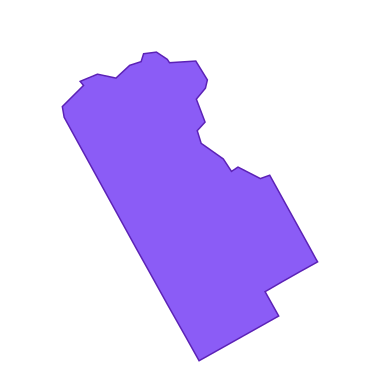 Tate, Mississippi, United States of America, rotated 61°
{"feature_id": "52423323B67875317902203", "entity_name": "Tate", "entity_type": "district", "adm_level": 2, "iso_a3": "USA", "parent_name": "United States of America", "parent_adm1": "Mississippi", "projection": "equal_earth", "projection_center": [-90.006, 34.663], "detail": "fine", "context": "isolated", "style": "filled", "palette": "violet", "viewbox_px": 384, "rotation_deg": 61, "n_neighbors": 0, "source": "geoboundaries", "source_scale": "gbopen_adm2", "svg_char_len": 600}
<svg xmlns="http://www.w3.org/2000/svg" viewBox="0 0 384 384"><g transform="rotate(61 192 192)"><path d="M64.7,267.6L213.3,268.1L241.0,268.0L278.1,268.0L315.2,267.7L343.0,267.6L342.5,176.3L314.6,176.4L314.2,157.1L314.0,136.4L314.0,116.0L310.0,116.1L298.4,116.0L215.0,115.9L213.4,125.7L192.5,139.7L193.1,147.5L178.3,148.6L153.9,160.4L140.9,157.7L137.2,146.7L112.9,143.2L107.7,129.9L101.4,124.2L79.3,125.2L68.0,149.0L64.0,149.3L52.4,155.3L47.6,167.3L53.3,173.3L51.0,185.1L55.5,203.3L43.1,217.6L41.0,236.2L46.2,235.2L54.4,264.0L64.7,267.6Z" fill="#8b5cf6" stroke="#5b21b6" stroke-width="1.5"/></g></svg>